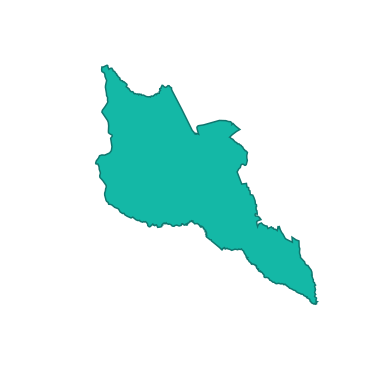 outline of Fonseca, La Guajira, Colombia, rotated 159°
{"feature_id": "7082276B74477010851757", "entity_name": "Fonseca", "entity_type": "district", "adm_level": 2, "iso_a3": "COL", "parent_name": "Colombia", "parent_adm1": "La Guajira", "projection": "natural_earth1", "projection_center": [-72.81, 10.843], "detail": "fine", "context": "isolated", "style": "filled", "palette": "teal", "viewbox_px": 384, "rotation_deg": 159, "n_neighbors": 0, "source": "geoboundaries", "source_scale": "gbopen_adm2", "svg_char_len": 6069}
<svg xmlns="http://www.w3.org/2000/svg" viewBox="0 0 384 384"><g transform="rotate(159 192 192)"><path d="M116.0,43.0L116.0,43.5L115.5,43.7L115.6,44.5L114.3,44.7L115.3,45.7L114.8,47.1L114.1,47.7L113.8,48.5L115.0,50.4L114.0,51.8L113.3,52.0L113.6,54.2L112.2,55.9L112.1,56.4L111.7,56.6L111.3,60.3L110.0,60.8L110.4,61.7L110.2,63.6L110.7,64.1L110.9,64.8L110.1,66.8L110.3,67.2L110.2,70.3L109.8,70.8L110.1,71.6L109.5,71.8L108.8,74.3L108.8,76.6L109.5,78.9L110.1,81.8L111.4,82.7L112.2,84.7L111.9,86.3L114.2,92.0L113.6,93.7L113.6,96.0L113.1,97.6L111.7,100.4L111.6,102.6L109.7,108.0L112.0,110.0L114.8,114.0L116.3,109.1L120.8,114.0L121.6,115.2L122.2,120.1L122.8,122.0L123.1,125.1L122.9,128.5L124.1,128.7L124.2,128.2L124.3,128.4L126.3,125.4L127.4,127.2L128.8,127.9L129.1,129.4L129.9,129.5L130.4,131.0L134.2,130.7L134.2,133.4L135.4,133.9L137.5,136.2L138.3,138.2L140.6,138.3L142.5,137.1L143.1,136.3L143.0,138.3L142.4,140.9L142.0,141.3L140.6,141.6L137.5,141.5L137.7,142.5L138.3,143.2L138.0,143.9L138.2,144.3L138.7,144.6L139.2,145.8L141.3,146.8L141.4,147.6L141.3,148.2L140.6,149.0L139.1,147.9L138.8,148.5L138.1,151.4L138.5,152.3L137.6,155.1L137.0,155.2L136.4,156.9L137.1,158.2L136.3,161.0L136.2,164.5L136.4,167.3L138.5,168.7L137.5,172.4L138.3,173.5L137.6,175.8L138.9,177.0L138.1,180.5L142.7,181.6L142.7,194.6L139.9,196.9L138.1,197.5L137.0,199.2L136.2,199.8L135.3,200.0L134.3,199.7L133.2,198.0L132.4,197.8L131.5,198.2L129.0,201.7L128.7,203.9L127.8,206.5L126.1,209.0L126.6,210.6L127.7,211.7L127.7,212.4L128.4,213.6L128.6,215.9L129.1,216.5L129.4,217.8L130.5,219.1L130.8,220.0L132.3,220.7L132.5,221.9L133.9,223.5L134.9,226.4L135.3,226.5L135.5,227.2L136.5,228.3L136.8,229.3L137.2,229.7L133.9,231.1L128.7,232.6L124.9,233.2L127.8,238.1L129.1,241.1L130.3,240.8L129.9,241.3L130.2,241.6L130.0,242.0L130.8,243.8L132.8,244.8L134.9,246.5L140.8,249.0L157.2,250.5L161.8,251.5L162.9,251.5L164.2,250.7L164.6,249.2L165.1,243.5L166.4,244.8L167.3,244.4L168.2,244.9L167.7,245.6L168.7,246.1L168.8,247.1L169.7,249.3L171.9,272.7L174.3,293.8L174.3,295.3L173.8,296.5L175.2,298.6L175.3,299.4L176.3,299.9L178.3,299.1L179.2,299.2L180.2,300.0L181.1,302.0L181.7,302.3L183.5,300.6L183.7,300.0L185.1,300.0L185.4,299.4L185.1,298.1L186.5,297.6L187.2,295.9L189.0,296.5L190.2,295.7L190.5,296.4L191.0,296.5L194.0,295.4L195.7,296.2L196.8,295.5L197.5,296.2L198.8,296.5L201.1,298.0L201.6,298.9L202.8,300.0L204.3,300.4L204.5,301.5L205.3,301.6L205.9,302.2L206.9,301.8L207.3,303.0L208.2,302.9L209.8,304.3L210.7,304.4L211.3,306.9L212.8,307.4L213.6,309.0L213.8,310.9L214.6,311.4L214.5,312.3L215.7,313.6L215.7,314.0L214.3,315.2L214.2,315.9L216.0,319.3L216.9,319.6L217.0,320.7L218.3,321.4L218.6,322.3L219.1,322.8L219.1,323.4L218.6,323.7L218.6,324.3L219.8,326.4L219.8,327.6L220.3,327.9L220.1,329.2L220.6,329.9L221.1,332.3L222.2,333.2L222.1,334.3L222.5,336.3L223.9,336.7L225.6,336.3L225.7,338.9L225.4,340.2L225.9,340.8L230.1,340.5L231.3,341.0L232.4,339.0L232.9,337.2L232.7,336.4L231.7,335.3L231.2,334.1L231.3,332.8L231.8,331.0L231.7,326.7L234.5,322.5L235.3,320.9L236.5,314.8L237.2,312.6L236.9,310.5L238.0,307.9L238.2,306.5L238.8,305.7L242.2,303.1L246.4,300.4L247.5,298.9L245.2,289.0L245.2,286.9L246.1,283.6L248.3,278.6L248.7,277.2L247.5,275.2L246.4,274.2L246.3,273.1L246.5,272.6L248.7,271.3L250.5,262.9L252.5,259.5L254.9,258.0L260.3,257.7L262.9,258.9L265.3,259.0L267.1,257.2L270.1,255.4L271.6,253.5L271.5,252.5L269.9,251.9L269.7,248.9L270.5,246.3L270.5,244.0L270.7,242.5L272.4,240.1L272.7,238.5L271.2,234.7L269.8,228.8L270.4,227.1L271.4,226.1L272.5,224.0L273.9,222.3L274.6,220.5L275.2,215.0L275.0,213.8L274.0,212.3L274.2,210.5L272.2,209.4L271.5,208.7L269.6,205.3L267.1,203.1L266.6,202.1L266.2,199.2L264.6,196.9L263.1,196.4L262.9,194.9L261.2,192.6L258.2,189.6L256.3,189.8L254.3,186.2L252.7,184.7L251.1,184.3L251.0,183.5L250.5,182.8L248.8,181.5L247.7,181.7L247.2,181.1L246.0,181.0L244.9,178.5L245.3,176.4L244.4,174.8L243.1,174.7L241.9,175.5L240.6,175.6L240.1,176.1L239.5,175.4L239.7,174.8L238.8,173.9L237.5,174.2L236.9,174.0L236.7,171.3L234.3,170.7L232.7,170.6L232.0,172.0L231.1,171.7L230.5,172.8L229.9,173.0L228.8,172.8L228.6,172.0L227.3,172.4L227.4,171.8L226.0,170.9L225.8,170.4L224.4,170.1L223.0,168.5L222.9,167.7L222.1,166.9L221.0,166.4L220.3,166.8L218.1,166.6L216.2,164.9L214.1,164.7L213.0,165.9L212.4,165.9L212.1,165.7L212.0,165.0L211.4,164.6L211.2,163.9L210.4,163.7L209.4,164.1L209.4,163.4L208.6,162.9L208.0,163.1L208.3,164.1L207.1,164.4L206.3,164.2L204.5,165.3L203.9,164.8L202.7,165.4L202.1,164.9L202.3,164.5L201.7,164.4L202.1,163.8L201.2,162.3L201.0,161.4L198.2,160.6L196.9,158.2L196.8,157.1L196.0,157.0L196.4,156.2L195.8,155.9L194.9,156.1L194.2,154.9L194.3,154.4L194.1,154.1L194.3,154.0L193.9,153.3L194.1,152.5L193.1,151.4L193.7,150.6L193.4,150.6L193.5,150.1L193.1,149.8L193.6,148.7L193.1,148.4L193.3,148.0L193.6,148.2L193.9,147.8L193.9,147.1L194.3,147.0L193.8,146.2L194.6,145.6L194.5,144.8L192.2,140.9L191.2,140.5L191.4,139.5L186.1,130.1L184.9,127.3L184.4,127.2L183.8,128.3L183.1,128.0L181.8,128.6L181.4,128.0L181.6,127.1L181.3,126.8L179.4,126.9L178.9,126.0L177.4,125.1L175.8,123.3L172.3,123.2L169.9,121.7L168.9,122.0L167.5,121.0L166.2,121.1L165.9,119.8L165.0,118.3L165.1,116.6L164.4,113.2L164.7,111.7L163.5,110.9L164.5,110.4L164.5,109.7L163.8,108.5L163.5,106.5L162.6,105.2L162.6,104.5L162.2,104.2L162.3,103.3L161.1,103.1L160.9,102.5L160.0,102.2L158.7,100.7L159.1,100.5L158.3,99.6L158.8,99.0L158.8,97.6L158.4,97.1L158.4,96.3L157.6,96.3L158.1,94.5L156.9,93.2L156.5,93.6L156.2,93.1L156.4,92.7L155.4,91.8L155.0,89.9L154.6,89.4L154.6,88.2L155.1,87.1L155.0,86.5L154.3,85.9L152.8,85.5L151.6,84.4L151.3,83.8L150.9,81.7L150.1,81.1L148.7,78.7L147.6,78.3L146.9,76.8L146.0,76.1L143.8,75.7L141.8,74.2L141.4,74.4L140.5,74.0L140.0,73.6L139.8,72.9L139.2,72.9L139.1,72.5L138.1,72.5L137.9,71.7L137.1,70.9L136.9,69.9L136.1,69.1L135.4,67.3L133.8,65.9L132.3,64.0L130.7,62.8L130.4,61.5L128.8,59.6L126.9,58.1L126.8,57.6L125.6,57.1L124.8,56.2L124.7,55.3L123.0,53.5L122.8,52.8L122.3,52.7L122.7,52.2L120.6,49.7L120.8,47.5L120.4,47.2L120.2,45.8L118.2,43.6L117.3,43.9L117.0,43.0L116.0,43.0Z" fill="#14b8a6" stroke="#0f766e" stroke-width="1.5"/></g></svg>